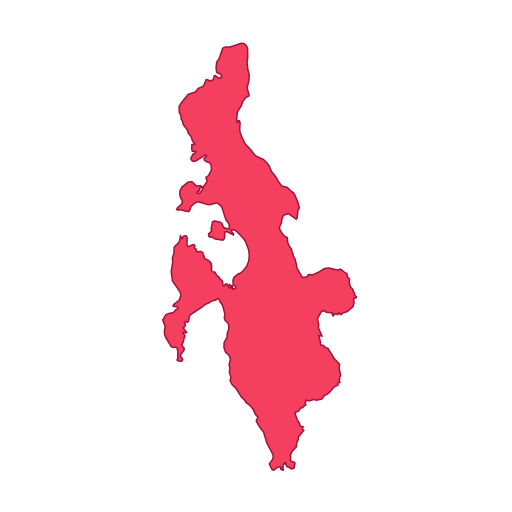 the district of Lembata, Nusa Tenggara Timur, Indonesia, rotated 287°
{"feature_id": "22746128B62947944336237", "entity_name": "Lembata", "entity_type": "district", "adm_level": 2, "iso_a3": "IDN", "parent_name": "Indonesia", "parent_adm1": "Nusa Tenggara Timur", "projection": "orthographic", "projection_center": [123.525, -8.375], "detail": "fine", "context": "isolated", "style": "filled", "palette": "rose", "viewbox_px": 512, "rotation_deg": 287, "n_neighbors": 0, "source": "geoboundaries", "source_scale": "gbopen_adm2", "svg_char_len": 6131}
<svg xmlns="http://www.w3.org/2000/svg" viewBox="0 0 512 512"><g transform="rotate(287 256 256)"><path d="M412.0,163.6L409.7,160.2L410.4,158.5L410.1,156.8L404.0,156.2L402.6,155.7L399.4,151.8L395.1,150.0L390.9,144.0L381.1,139.9L376.4,138.8L371.0,140.6L368.0,143.3L365.1,144.3L363.6,146.2L360.3,148.1L356.5,153.5L353.5,155.4L351.4,158.9L347.5,161.6L345.1,164.8L343.8,162.1L339.4,163.2L337.5,164.6L338.5,167.7L337.5,168.2L334.9,165.9L331.0,165.2L329.5,165.5L328.1,167.5L329.0,170.4L338.0,178.2L337.8,179.0L336.7,179.6L334.8,178.0L334.0,177.8L332.7,178.5L331.7,180.8L331.5,184.6L330.0,186.4L326.4,187.9L323.8,188.2L322.2,187.5L319.1,187.2L316.9,185.4L316.0,185.3L313.9,187.2L312.6,187.3L306.7,185.4L303.8,185.4L299.5,183.8L298.8,181.7L300.0,181.0L301.9,182.8L304.5,182.4L305.6,184.1L306.1,184.3L306.8,183.8L307.0,182.2L305.4,178.7L308.2,173.4L308.0,172.0L306.7,169.3L300.4,165.1L296.5,164.2L292.9,165.0L289.6,166.8L287.6,169.1L285.1,169.9L283.9,169.7L278.8,166.6L277.2,166.6L277.1,168.2L278.3,170.7L278.3,175.4L278.8,178.7L279.9,179.3L283.4,179.2L285.0,179.8L287.8,181.3L290.3,183.5L291.0,185.6L291.1,194.9L291.7,197.3L295.2,202.5L295.1,204.4L293.2,208.3L291.7,209.8L281.7,216.7L278.8,220.8L274.6,222.5L273.8,221.1L273.7,216.8L277.3,213.6L277.8,212.3L277.4,206.0L275.9,204.4L269.1,205.1L266.9,206.2L263.2,204.2L261.0,205.1L260.6,206.6L261.3,208.7L260.5,210.8L260.4,212.4L261.4,219.5L262.4,220.4L265.6,220.5L267.6,219.6L269.7,219.3L270.6,220.5L270.7,222.1L269.5,228.2L270.7,228.0L272.2,225.7L273.6,224.8L274.4,225.9L274.4,228.5L274.0,230.1L269.5,238.2L267.0,241.5L259.6,247.3L254.2,249.5L249.1,250.5L244.0,250.2L238.1,248.1L235.1,246.1L233.7,244.2L229.0,241.1L226.1,241.0L222.7,242.3L221.9,242.9L220.7,245.5L219.3,245.9L218.0,244.8L218.4,243.7L217.6,243.2L218.0,242.7L220.9,242.1L220.4,241.0L218.1,241.0L217.8,240.0L218.3,239.3L219.1,239.1L220.6,239.6L221.0,239.0L219.6,238.2L219.3,237.5L220.8,236.2L220.3,235.0L218.2,234.4L217.9,233.8L218.9,232.6L221.8,231.5L222.6,230.6L223.5,228.5L225.0,226.9L226.0,224.0L228.5,221.6L228.2,218.7L228.9,217.8L233.7,216.4L236.2,215.0L237.8,212.1L238.6,207.4L240.5,206.6L242.1,204.8L243.7,204.0L244.2,201.7L242.8,198.6L242.9,197.9L245.1,196.6L245.6,194.8L248.0,194.6L248.8,193.3L247.6,191.2L245.6,189.4L245.3,187.6L247.6,186.3L253.2,184.9L254.6,183.8L254.8,182.6L253.5,180.6L251.0,180.2L252.9,177.9L247.9,178.5L244.7,177.5L241.6,175.5L240.4,175.2L234.6,176.7L229.8,176.6L224.9,178.3L216.4,179.4L207.7,183.4L199.4,193.9L196.4,195.7L191.3,195.5L185.3,191.3L183.9,191.3L183.6,192.3L184.6,195.4L184.4,196.2L183.4,196.6L180.0,194.4L177.6,193.5L176.2,190.5L173.6,187.0L167.5,185.5L162.2,189.7L158.4,190.1L154.4,191.4L151.9,193.3L144.5,201.4L144.3,203.8L145.5,205.5L144.9,207.5L140.7,209.6L137.8,210.2L135.6,211.2L134.0,210.8L133.0,211.3L133.2,214.4L133.9,215.9L135.9,216.1L138.1,213.3L138.9,213.0L140.4,213.0L144.3,214.5L146.2,214.6L147.5,213.4L148.0,212.0L149.5,211.1L153.0,211.6L156.7,211.2L158.4,211.5L159.2,211.2L160.8,208.8L161.6,208.7L162.0,211.5L162.7,212.0L166.0,207.4L168.2,208.7L169.7,208.7L171.5,207.1L172.1,207.1L172.6,207.6L172.7,210.0L173.8,210.6L177.8,210.0L180.5,210.3L191.2,219.2L194.6,221.4L197.7,225.0L200.1,226.7L201.8,230.0L204.3,232.1L204.0,233.2L201.5,235.3L199.1,238.4L196.7,240.0L190.7,243.6L187.6,243.7L185.6,245.0L183.6,248.8L181.3,250.5L177.9,251.3L173.7,251.1L169.3,252.1L164.0,250.8L159.1,252.1L155.2,254.9L152.9,259.6L149.5,261.8L144.5,262.0L141.4,263.6L136.8,264.6L132.8,267.5L129.5,267.5L128.0,268.8L125.7,271.2L123.7,275.3L116.5,283.7L115.2,286.7L113.0,289.2L111.0,294.6L108.0,298.7L104.4,301.6L102.5,304.8L101.8,305.2L99.9,304.5L98.3,304.5L97.6,305.0L92.2,311.1L90.1,314.5L80.5,320.9L71.1,330.2L69.3,331.1L66.5,331.4L61.2,329.5L58.7,331.5L56.3,334.2L56.3,335.6L59.7,338.0L61.2,340.0L61.5,341.1L59.3,342.1L59.0,344.4L59.6,344.8L60.9,343.5L61.4,343.9L63.3,343.1L66.8,344.0L66.9,344.9L66.2,344.8L63.6,347.2L63.4,349.8L62.7,352.0L63.1,352.8L64.4,354.4L69.1,353.9L69.9,353.2L69.9,350.0L70.9,348.7L75.9,347.2L80.0,347.7L85.2,350.4L89.3,349.5L92.5,350.1L95.3,349.5L103.2,352.6L103.6,351.1L106.5,350.9L106.2,348.1L109.2,346.2L110.7,344.0L115.3,340.4L118.1,339.3L119.9,342.0L123.7,343.2L124.6,345.0L125.9,345.3L127.7,347.0L128.3,347.2L129.7,345.9L132.7,346.2L133.0,349.2L135.8,353.4L135.7,355.8L138.1,360.3L139.0,361.1L142.4,362.0L144.8,364.6L147.6,366.4L153.5,368.9L156.5,372.1L159.0,371.5L159.6,373.2L160.8,372.3L164.1,371.4L166.2,371.9L173.5,368.1L176.4,367.8L177.1,367.3L180.9,360.6L185.7,355.4L186.7,353.8L188.7,352.0L188.8,349.4L190.2,346.6L189.8,343.8L193.2,342.4L198.1,339.4L198.8,342.5L205.5,336.7L208.2,336.3L213.5,333.3L215.1,333.3L221.8,334.7L223.7,337.1L222.7,339.8L223.9,345.2L221.5,346.7L221.3,347.6L223.6,347.6L223.9,351.3L226.0,351.9L224.7,353.9L224.9,354.7L226.8,355.5L229.5,359.5L235.8,363.5L239.9,363.5L243.6,361.8L245.6,364.0L246.4,363.7L247.7,361.5L249.2,361.2L250.1,359.8L252.5,358.2L253.8,355.6L257.6,353.0L261.3,352.2L262.2,350.2L265.9,347.9L266.0,346.0L268.2,340.7L266.4,338.1L265.8,329.2L264.6,326.3L263.8,324.9L259.1,320.8L254.6,315.9L253.9,312.4L253.1,311.4L250.8,310.7L249.0,306.6L256.5,298.6L259.2,297.4L264.7,294.0L267.3,291.3L269.1,290.8L270.4,289.2L272.7,288.1L274.9,285.2L278.4,282.2L282.7,280.6L283.0,279.6L282.6,278.9L284.9,274.7L288.6,270.8L290.7,270.0L295.3,270.6L298.5,270.0L301.7,270.0L304.0,271.6L305.9,274.7L303.0,283.7L303.9,284.2L312.1,282.8L314.8,283.4L320.4,279.8L326.6,274.5L327.6,273.0L328.1,270.7L330.8,265.8L330.5,261.1L331.2,259.1L333.2,256.3L337.1,252.3L341.3,246.1L345.9,242.3L348.0,239.7L350.6,234.6L351.3,227.7L352.7,224.3L355.8,220.4L360.0,212.9L366.0,207.3L369.7,204.6L372.0,203.5L378.8,201.8L380.5,200.5L380.2,199.6L379.0,199.8L378.3,199.4L379.4,198.1L383.7,196.9L388.8,196.2L395.4,198.0L399.9,198.3L404.0,199.5L407.0,202.4L408.7,202.0L412.3,199.4L415.0,198.3L422.0,197.9L427.3,196.5L431.7,193.8L438.1,191.0L443.6,190.0L452.0,187.3L454.3,185.3L455.7,182.2L455.0,179.4L450.1,172.8L447.7,168.8L447.1,166.1L445.9,164.2L444.7,163.4L433.6,163.0L430.0,161.7L424.2,162.8L420.4,164.6L419.8,165.4L419.6,169.2L416.8,170.9L415.1,168.2L416.7,164.1L416.0,163.4L412.0,163.6Z" fill="#f43f5e" stroke="#9f1239" stroke-width="1.5"/></g></svg>